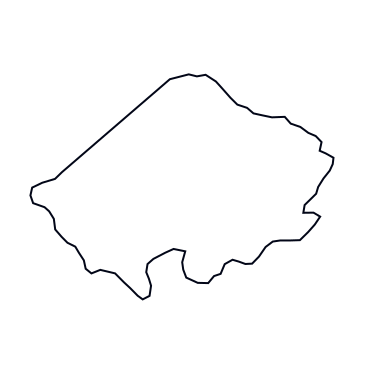 Aloândia, Goiás, Brazil (Robinson projection), rotated 53°
{"feature_id": "56859067B93874841442887", "entity_name": "Aloândia", "entity_type": "district", "adm_level": 2, "iso_a3": "BRA", "parent_name": "Brazil", "parent_adm1": "Goiás", "projection": "robinson", "projection_center": [-49.451, -17.693], "detail": "fine", "context": "isolated", "style": "outline", "palette": "ink", "viewbox_px": 384, "rotation_deg": 53, "n_neighbors": 0, "source": "geoboundaries", "source_scale": "gbopen_adm2", "svg_char_len": 1136}
<svg xmlns="http://www.w3.org/2000/svg" viewBox="0 0 384 384"><g transform="rotate(53 192 192)"><path d="M288.8,104.5L281.6,107.4L275.6,115.6L270.2,109.9L268.1,93.9L263.9,88.2L260.3,78.8L257.8,69.1L254.4,62.8L249.8,58.4L241.6,62.0L235.9,65.2L230.1,58.5L221.8,59.5L214.8,63.5L205.3,66.3L196.8,72.0L187.8,72.7L180.5,83.2L173.2,89.6L166.2,95.6L157.9,97.4L149.5,103.2L139.8,104.6L126.9,105.6L118.1,106.4L106.6,110.6L102.6,118.5L96.1,123.8L88.6,141.8L97.9,283.9L99.1,293.5L94.5,306.0L92.3,317.0L97.5,323.1L105.3,325.6L115.4,318.9L121.5,317.7L130.3,318.5L139.6,323.8L149.5,323.1L157.6,322.0L165.4,318.1L172.6,318.9L181.5,319.5L189.3,323.1L196.5,321.3L199.0,312.1L210.7,302.4L223.2,300.7L231.6,299.2L242.2,297.8L248.1,296.0L249.4,288.4L242.2,281.1L235.3,278.6L228.5,276.8L222.8,270.9L222.2,263.1L224.4,249.9L226.4,241.0L235.3,233.1L242.2,242.1L248.7,245.7L256.9,248.1L268.0,242.1L274.5,233.9L272.4,225.0L274.6,218.4L269.3,209.3L270.5,200.4L275.6,196.6L281.6,192.7L285.4,187.1L283.9,177.4L280.2,166.3L280.2,157.3L283.8,150.7L290.1,142.3L295.4,134.8L293.9,123.4L291.9,113.5L288.8,104.5Z" fill="none" stroke="#020617" stroke-width="2"/></g></svg>